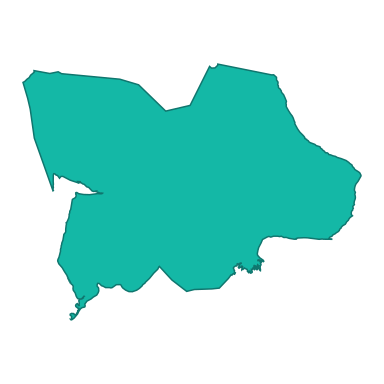 outline of Do'rgon, Hovd, Mongolia
{"feature_id": "93677404B47825752069275", "entity_name": "Do'rgon", "entity_type": "district", "adm_level": 2, "iso_a3": "MNG", "parent_name": "Mongolia", "parent_adm1": "Hovd", "projection": "orthographic", "projection_center": [92.87, 48.326], "detail": "fine", "context": "isolated", "style": "filled", "palette": "teal", "viewbox_px": 384, "rotation_deg": 0, "n_neighbors": 0, "source": "geoboundaries", "source_scale": "gbopen_adm2", "svg_char_len": 5904}
<svg xmlns="http://www.w3.org/2000/svg" viewBox="0 0 384 384"><path d="M70.5,319.2L71.1,319.9L72.1,319.6L74.2,318.0L77.6,313.9L78.7,311.5L80.4,308.9L81.9,307.7L84.7,307.0L85.0,306.6L85.1,305.5L84.8,304.1L87.0,301.1L91.0,299.0L93.4,297.0L96.7,295.1L98.2,292.7L98.8,290.9L98.6,288.2L98.2,287.4L97.2,286.4L97.1,285.6L97.2,284.4L97.8,283.3L99.3,283.5L101.5,285.7L103.3,286.3L105.6,287.6L109.5,287.6L110.9,287.9L112.2,287.6L116.3,284.7L120.3,284.6L121.0,285.1L121.8,286.7L122.9,288.1L125.6,290.1L128.9,291.6L132.4,291.7L136.7,290.2L139.4,288.4L142.2,285.8L142.8,284.6L144.9,283.2L145.3,282.4L149.4,278.5L153.8,273.1L157.7,269.3L158.9,266.9L159.4,266.4L171.9,280.0L186.7,291.4L194.3,289.5L211.9,288.9L219.3,288.1L228.4,278.5L231.1,274.8L231.9,275.2L233.0,273.8L233.8,273.6L233.8,274.0L234.5,274.2L234.6,273.2L235.1,273.3L235.3,272.8L234.4,272.4L234.5,270.7L234.1,270.4L234.0,269.3L233.5,268.5L233.4,268.0L233.7,267.3L235.7,265.8L236.7,266.0L237.1,265.3L237.1,264.0L237.8,263.7L238.4,264.1L239.3,263.9L239.9,263.2L240.9,263.0L241.2,263.1L241.2,263.4L240.5,263.9L238.7,264.4L238.7,265.0L239.4,265.2L239.6,265.6L238.4,267.3L238.9,268.1L239.5,268.0L239.6,267.6L239.3,267.4L239.4,267.1L241.0,267.4L241.3,266.5L241.9,266.0L242.6,266.6L242.3,267.9L242.9,268.7L242.1,268.8L241.8,269.1L241.8,269.9L242.5,269.3L243.0,269.4L243.7,268.5L244.5,268.0L245.1,268.7L245.7,268.6L246.4,269.2L247.0,269.3L247.5,270.4L247.4,271.3L247.9,271.8L248.3,271.3L248.6,271.4L248.4,272.2L248.7,272.7L249.8,272.2L250.0,271.3L250.3,271.7L250.0,272.7L250.8,273.2L251.7,272.7L252.2,272.2L252.2,271.6L251.6,270.7L251.4,269.5L252.0,269.7L252.3,269.0L252.5,269.6L252.8,269.6L253.4,268.1L254.2,268.7L254.6,269.6L254.9,269.4L254.8,268.6L254.0,267.8L254.2,266.9L253.8,266.1L254.2,265.5L254.7,265.9L255.3,265.8L255.7,266.6L255.7,267.0L255.1,267.4L255.2,267.8L255.7,267.9L256.8,269.7L257.3,269.6L257.1,268.7L258.0,268.7L258.0,268.4L257.2,268.0L257.2,267.2L256.6,267.0L256.5,266.5L256.7,266.3L257.1,266.7L257.4,266.3L257.6,264.7L258.1,265.1L258.4,266.8L258.9,267.3L259.1,268.5L260.0,270.5L260.4,270.7L260.5,269.7L260.1,267.5L260.3,266.5L259.9,265.7L260.5,265.5L261.0,264.9L260.9,263.8L260.4,263.2L260.6,262.2L261.5,262.2L261.7,261.8L260.7,261.3L259.9,261.4L258.9,260.3L258.0,260.7L257.8,260.2L258.2,259.9L258.9,259.8L260.5,260.5L262.3,260.7L263.5,261.6L263.8,261.2L263.1,260.1L259.9,257.9L257.6,255.3L257.3,253.8L257.9,250.4L258.7,247.5L261.2,242.7L262.5,239.5L267.4,236.9L268.9,236.4L270.8,237.1L273.6,236.2L277.7,236.2L279.7,236.6L281.2,236.2L283.9,237.5L286.2,237.4L289.4,238.4L294.3,239.2L296.2,239.2L296.4,239.0L295.8,238.8L295.9,238.7L297.7,238.0L304.1,237.7L307.3,237.8L319.1,239.3L322.2,239.0L323.4,239.2L331.7,239.3L331.7,239.0L331.2,238.9L329.1,238.9L328.8,238.5L330.0,237.0L331.9,236.3L333.0,234.8L335.4,233.6L336.2,232.8L338.1,231.7L339.3,230.5L339.7,229.2L341.0,228.2L341.2,227.4L342.6,225.8L345.3,224.2L346.1,222.9L346.5,222.0L348.4,220.2L349.0,218.9L350.2,217.4L352.5,215.8L351.3,214.5L351.3,212.2L352.0,210.6L352.6,210.2L352.8,209.1L353.3,208.2L353.0,207.7L352.8,206.4L354.4,204.6L354.0,203.4L354.4,201.1L355.2,198.9L355.4,197.8L355.3,196.3L354.8,194.2L355.4,192.4L354.5,190.6L354.4,190.0L354.7,187.6L355.2,185.7L356.0,183.9L358.1,181.2L360.9,176.2L361.0,175.3L359.8,172.9L359.0,172.2L354.8,169.5L354.0,168.0L352.5,166.5L351.9,164.9L349.7,163.4L348.9,162.5L346.1,160.5L341.2,158.6L337.1,157.4L335.5,156.4L332.9,155.8L330.7,154.9L328.7,154.5L328.4,153.7L327.4,152.9L325.5,152.7L324.2,151.1L322.5,149.9L321.9,149.0L320.7,148.3L319.9,146.7L316.2,145.6L314.9,144.4L310.1,142.6L309.0,141.9L308.2,140.7L306.9,140.0L306.7,139.4L304.8,138.5L304.8,137.5L303.5,135.8L299.9,132.2L297.7,129.1L294.8,123.8L294.9,122.4L294.1,120.7L293.3,118.2L292.2,116.0L290.5,113.8L288.5,110.7L286.2,106.5L286.3,104.6L285.9,103.0L286.4,101.8L286.4,101.3L285.0,97.8L283.6,94.7L281.5,92.3L281.3,91.0L280.1,89.0L279.0,88.2L278.4,87.3L278.4,85.8L277.7,84.7L278.0,83.2L278.0,82.1L276.5,79.9L276.5,77.3L273.7,74.8L271.6,74.9L217.8,64.1L217.7,65.3L215.0,67.9L211.5,68.1L209.6,66.4L190.1,105.4L165.7,111.1L138.6,84.8L119.8,79.2L61.6,73.7L58.2,71.8L49.8,73.5L34.0,70.6L34.1,72.3L30.6,75.2L29.2,77.6L27.0,79.2L24.7,81.5L23.0,82.4L27.7,98.4L30.2,109.0L34.3,138.1L53.0,190.8L53.4,190.5L52.9,189.2L53.4,187.5L53.1,185.8L53.4,184.4L53.2,181.3L53.3,175.1L53.7,173.7L54.0,173.6L55.0,174.0L56.1,175.1L57.1,175.3L58.1,176.2L59.5,178.2L61.0,176.4L62.9,176.4L70.2,180.2L77.8,182.7L78.3,183.1L78.8,182.9L77.8,182.2L77.6,181.5L80.2,181.7L80.2,182.7L81.1,182.7L82.7,183.9L84.2,184.3L86.7,186.8L88.7,187.4L92.1,191.0L93.8,191.5L96.2,191.0L96.4,191.0L95.9,191.6L101.1,193.3L101.7,193.0L102.5,193.2L101.9,193.7L100.7,193.8L97.6,193.6L89.7,194.7L83.6,194.5L78.8,193.7L76.8,192.5L76.0,192.6L75.7,192.9L75.7,193.4L76.0,194.0L75.8,194.4L76.2,195.1L75.8,197.0L75.1,197.8L72.5,199.3L72.3,199.8L70.7,209.5L69.8,211.2L69.7,212.7L69.1,214.6L69.2,215.3L68.8,217.9L67.0,222.0L66.1,222.9L66.5,223.5L66.5,224.1L66.2,225.0L65.7,229.3L65.7,231.8L65.4,232.5L63.9,234.3L62.9,240.3L61.8,243.1L61.7,244.4L61.2,245.8L61.1,247.4L60.5,249.3L60.5,251.3L59.0,257.2L58.0,259.3L57.7,260.7L57.8,261.3L58.8,263.8L62.2,267.7L64.3,271.3L67.1,275.6L67.4,276.8L68.0,277.4L67.9,278.4L68.3,279.2L68.9,279.4L68.8,280.1L69.2,280.4L69.2,281.0L69.8,281.0L70.1,281.5L69.9,282.2L70.1,282.8L70.8,282.9L71.0,283.7L72.7,285.2L73.2,286.4L73.0,288.7L73.3,290.3L75.1,292.8L76.3,296.4L77.2,297.9L78.1,298.8L80.8,299.0L81.7,298.7L84.0,296.2L84.2,296.3L83.0,297.4L82.9,297.7L83.2,298.0L81.8,299.0L79.7,299.2L79.3,299.5L79.3,300.1L78.8,300.8L79.3,303.0L79.1,304.5L79.3,305.5L78.4,305.5L78.7,304.5L77.9,304.3L77.3,303.6L76.2,304.3L75.9,304.8L75.6,305.6L75.9,306.6L78.4,308.6L78.8,308.4L79.0,308.6L78.8,309.6L77.7,310.5L77.6,312.0L76.5,313.5L76.1,314.9L74.3,314.7L74.1,313.9L73.0,313.4L72.2,313.6L71.5,313.4L70.2,314.2L70.2,315.2L71.7,316.4L71.5,317.8L72.1,318.9L71.5,319.2L70.5,319.2Z" fill="#14b8a6" stroke="#0f766e" stroke-width="1.5"/></svg>